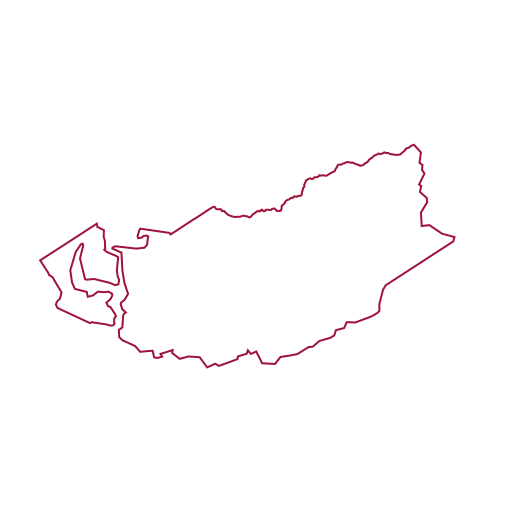 the district of Pierce, Washington, United States of America, rotated 327°
{"feature_id": "52423323B40988222589259", "entity_name": "Pierce", "entity_type": "district", "adm_level": 2, "iso_a3": "USA", "parent_name": "United States of America", "parent_adm1": "Washington", "projection": "natural_earth1", "projection_center": [-122.103, 47.066], "detail": "fine", "context": "isolated", "style": "outline", "palette": "rose", "viewbox_px": 512, "rotation_deg": 327, "n_neighbors": 0, "source": "geoboundaries", "source_scale": "gbopen_adm2", "svg_char_len": 4160}
<svg xmlns="http://www.w3.org/2000/svg" viewBox="0 0 512 512"><g transform="rotate(327 256 256)"><path d="M100.8,243.2L97.1,249.4L98.1,254.0L105.6,265.7L106.6,273.2L117.7,279.1L115.4,285.6L117.8,287.8L122.5,289.3L122.6,286.1L134.8,289.5L132.9,291.6L136.0,300.7L144.7,303.5L153.6,310.2L154.4,322.8L163.1,324.1L165.1,328.0L184.3,332.4L186.2,330.4L194.9,332.9L197.8,330.7L198.4,335.4L204.2,336.2L203.4,343.6L202.7,349.3L213.2,356.9L221.5,354.0L230.8,358.2L237.5,360.8L250.5,361.0L254.1,363.0L262.9,361.8L273.8,365.1L278.5,365.2L282.6,361.7L290.7,364.4L296.1,360.9L303.0,365.8L320.0,369.6L326.8,369.9L329.5,369.3L333.3,363.5L344.0,353.6L348.9,351.2L429.4,351.2L432.8,348.2L424.3,338.8L418.2,324.5L411.3,321.1L418.0,309.4L428.9,304.1L430.8,300.3L428.4,291.5L432.7,287.3L431.7,284.9L442.2,278.6L442.2,274.1L445.2,270.3L443.9,266.9L450.7,259.0L449.1,248.8L448.6,248.5L445.8,248.2L442.4,248.3L440.7,247.6L439.4,248.0L437.7,248.7L435.1,249.0L431.9,249.4L430.9,248.7L429.1,247.9L427.1,246.3L425.7,245.0L424.2,243.8L423.6,242.8L423.0,241.7L422.4,241.1L421.4,240.7L420.5,239.6L420.1,239.0L419.3,238.9L418.7,239.0L417.7,238.8L416.1,238.4L415.5,237.9L414.8,236.9L413.5,236.8L412.1,236.7L410.7,236.3L408.6,236.4L406.8,236.8L405.5,236.7L403.4,236.8L402.3,237.2L401.4,237.8L400.2,237.8L398.9,237.9L397.6,237.6L396.8,237.9L395.8,238.1L395.0,238.0L393.5,237.5L392.4,237.1L392.1,236.2L391.1,234.8L389.8,233.3L388.7,231.6L387.6,229.9L386.1,229.4L385.6,228.6L384.4,227.3L383.4,226.8L382.3,226.5L381.0,226.5L379.2,225.8L377.6,225.9L376.5,225.2L375.2,224.7L374.4,224.2L373.3,224.7L372.7,225.5L371.2,225.9L370.0,226.4L368.7,227.5L367.5,227.7L365.6,227.3L363.5,227.2L360.6,227.1L358.6,227.0L357.2,225.7L355.9,224.7L353.4,223.4L352.9,222.8L352.2,223.1L351.7,223.4L350.2,223.1L349.1,222.6L347.9,221.8L346.1,222.3L344.8,222.0L343.6,220.2L342.5,220.0L341.0,219.9L339.9,220.0L339.1,219.8L338.0,220.8L336.4,221.8L334.9,222.9L334.3,224.2L332.5,224.7L330.9,226.4L329.2,227.5L328.4,228.8L327.8,229.5L326.2,229.8L325.1,229.1L323.3,228.4L322.5,228.6L321.5,227.8L321.0,227.0L319.8,226.8L319.0,227.3L317.5,226.9L317.0,226.3L314.9,226.6L312.3,226.0L310.1,226.3L309.2,227.2L307.4,227.6L304.9,227.9L303.8,229.4L303.0,230.4L301.6,231.5L300.4,231.1L298.0,229.5L297.5,226.3L295.1,225.2L293.8,225.6L292.2,224.6L291.5,223.8L290.1,222.9L288.9,222.7L287.9,223.2L286.7,222.5L286.3,221.3L286.4,220.6L285.4,220.1L284.7,220.6L282.9,220.4L282.6,219.6L280.8,219.0L279.0,219.5L277.0,219.2L275.5,219.5L273.8,220.0L273.2,220.3L271.8,220.3L270.9,219.4L270.3,218.0L268.8,216.8L267.9,215.5L266.2,214.9L263.7,214.3L261.4,212.7L259.7,212.0L258.7,210.8L257.3,209.6L256.0,207.8L254.9,206.1L254.7,204.6L254.1,203.6L253.9,202.4L254.0,201.4L253.2,200.4L252.4,200.2L251.9,199.9L251.8,199.0L252.2,198.4L251.7,197.2L250.9,196.9L249.0,195.8L248.2,194.9L248.1,193.6L248.2,192.8L247.9,192.1L246.6,191.5L240.9,191.3L232.4,191.4L227.5,191.4L224.7,191.4L223.9,191.3L206.6,191.4L196.9,191.4L196.0,191.3L196.0,189.5L173.9,170.1L172.5,170.6L167.4,174.9L166.9,176.9L170.2,178.4L172.3,177.9L175.1,179.1L176.3,180.9L174.0,183.2L170.9,187.2L168.8,187.8L167.0,188.3L159.8,184.7L143.5,171.4L141.6,170.8L139.7,171.1L139.6,171.5L145.0,179.9L142.2,184.7L136.1,195.4L135.8,195.9L130.9,207.2L128.1,218.1L121.8,221.2L117.5,221.6L116.2,222.9L114.9,227.9L116.1,232.5L113.7,232.6L112.3,233.5L104.9,243.2L100.8,243.2ZM72.1,159.0L73.8,163.0L73.1,180.6L68.4,185.0L63.9,185.9L61.6,188.0L61.3,191.4L64.1,196.1L80.2,221.8L82.3,222.2L85.8,225.3L87.8,227.1L93.3,231.9L96.0,235.1L98.5,236.4L100.6,235.7L101.0,234.1L103.4,231.0L105.7,230.3L106.2,227.6L106.1,219.3L104.6,217.6L105.1,213.7L110.5,212.9L114.0,210.9L114.7,209.1L112.8,205.5L109.9,204.2L107.9,202.9L104.6,200.2L103.2,199.8L98.0,200.3L96.9,200.0L92.7,198.6L94.5,193.9L86.2,185.0L87.3,178.0L92.5,166.8L106.9,154.5L115.5,150.8L117.3,151.3L116.6,153.3L107.0,162.3L100.0,182.4L101.3,183.8L107.6,187.0L118.6,198.7L122.0,203.7L125.1,204.8L128.3,201.4L128.7,198.2L131.5,192.3L139.7,182.0L139.0,180.2L133.4,171.8L132.8,170.8L132.2,168.1L133.4,167.9L137.5,161.0L138.7,157.0L142.5,151.5L138.8,145.2L140.1,142.2L108.9,142.2L72.6,142.1L72.6,157.2L72.1,159.0Z" fill="none" stroke="#9f1239" stroke-width="2"/></g></svg>